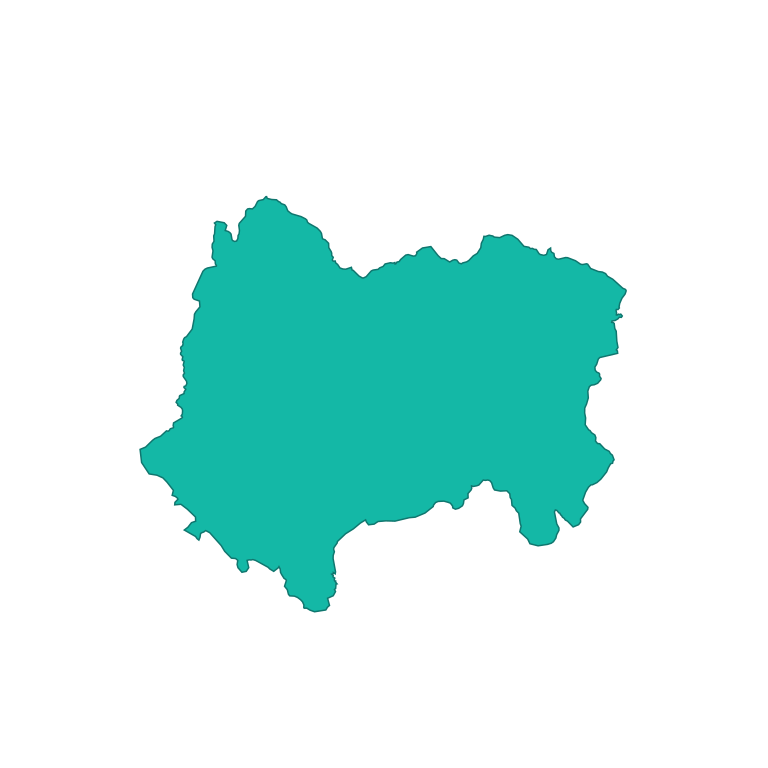 the district of Walikale, Nord-Kivu, Democratic Republic of the Congo, rotated 51°
{"feature_id": "63176286B33968238717987", "entity_name": "Walikale", "entity_type": "district", "adm_level": 2, "iso_a3": "COD", "parent_name": "Democratic Republic of the Congo", "parent_adm1": "Nord-Kivu", "projection": "orthographic", "projection_center": [28.228, -1.084], "detail": "fine", "context": "isolated", "style": "filled", "palette": "teal", "viewbox_px": 768, "rotation_deg": 51, "n_neighbors": 0, "source": "geoboundaries", "source_scale": "gbopen_adm2", "svg_char_len": 6170}
<svg xmlns="http://www.w3.org/2000/svg" viewBox="0 0 768 768"><g transform="rotate(51 384 384)"><path d="M306.7,261.1L302.5,268.5L302.1,275.7L303.2,276.2L304.2,278.8L303.1,280.7L298.6,283.8L297.5,286.0L297.7,292.7L298.4,295.2L297.4,297.2L298.0,299.1L297.7,299.9L296.4,299.2L295.8,300.9L293.8,302.7L291.4,307.6L292.1,310.7L291.0,314.3L291.2,316.4L288.6,320.8L288.1,322.8L289.4,330.3L288.6,333.4L287.9,334.1L284.4,335.5L276.3,336.4L275.4,337.1L272.8,335.9L270.7,341.5L268.7,343.6L266.1,345.2L261.9,344.8L259.4,345.3L257.7,344.5L256.7,346.0L255.7,346.3L254.9,345.9L253.6,343.7L251.3,343.8L249.4,342.3L247.8,341.7L243.3,341.1L239.8,338.5L234.8,339.0L233.0,340.2L231.8,340.1L227.6,337.8L225.2,337.4L220.8,337.8L211.7,341.4L210.1,341.6L208.0,340.8L206.2,341.1L201.7,343.1L194.0,348.4L192.2,349.1L188.8,349.8L184.8,348.5L182.3,348.4L179.2,350.3L177.2,350.4L176.0,351.1L173.2,351.6L169.9,355.2L166.9,357.5L166.0,357.9L164.5,357.3L164.1,357.9L164.7,361.8L162.7,365.8L162.6,367.4L164.9,372.5L165.1,376.1L162.9,378.3L162.1,379.9L162.6,382.6L166.5,386.1L168.1,395.4L169.3,397.0L173.7,399.7L176.0,402.0L176.8,404.0L179.0,406.0L180.1,408.6L179.2,410.4L177.4,411.3L176.2,411.3L171.2,408.5L169.3,408.5L167.4,409.1L164.8,410.8L161.8,406.4L158.1,406.7L152.5,411.4L152.2,414.5L154.3,414.5L155.4,416.3L160.7,421.2L161.7,423.1L166.1,426.3L167.2,429.4L169.6,431.6L172.9,433.1L177.2,437.8L178.9,438.3L182.0,437.7L184.6,439.5L186.4,439.6L186.9,440.1L182.7,448.3L182.1,450.9L182.4,453.7L193.6,476.2L196.6,478.3L198.6,478.2L203.4,475.2L208.2,478.5L209.5,484.9L210.5,487.4L213.9,490.6L220.6,498.5L222.9,507.7L222.5,509.8L223.0,511.3L224.8,514.1L225.8,514.4L227.4,516.2L227.5,518.6L228.1,519.5L231.2,520.7L232.0,522.7L233.0,523.4L236.2,523.2L237.9,525.4L238.9,525.8L239.5,525.1L240.6,525.0L242.9,528.1L245.4,528.7L247.6,531.4L250.0,532.2L250.6,534.4L251.9,535.3L257.5,535.7L259.5,536.8L260.7,539.2L260.1,540.9L260.9,541.7L263.3,541.3L264.4,544.4L265.6,545.4L264.5,549.9L264.7,550.6L266.3,552.2L266.4,555.2L267.4,557.1L269.7,556.9L270.6,557.7L274.3,556.5L276.4,556.5L278.1,557.4L280.5,559.7L281.1,561.7L282.1,561.3L283.0,561.6L283.2,562.7L281.8,572.0L283.6,574.0L285.2,574.7L285.4,575.5L284.3,578.2L285.0,580.3L284.9,581.4L283.5,582.6L284.0,590.5L282.2,596.2L282.1,599.2L283.0,609.0L281.3,614.7L292.5,621.8L306.1,623.1L311.9,617.9L317.8,614.9L323.8,614.4L334.1,614.6L337.2,618.7L340.1,616.9L342.9,616.3L343.9,616.7L344.4,620.9L346.2,622.7L349.7,617.5L357.6,615.6L368.7,614.2L372.1,616.7L370.6,620.9L371.9,626.5L371.8,631.1L383.9,626.4L386.6,626.6L388.8,626.1L387.3,623.4L384.9,620.8L384.8,619.6L385.6,617.1L385.7,614.8L389.9,613.0L407.1,612.2L413.8,613.1L423.3,612.2L426.2,609.2L429.0,608.6L431.9,611.8L434.9,613.1L440.9,612.9L442.9,609.0L441.6,604.7L434.9,601.4L435.8,599.4L437.1,598.1L437.9,596.4L440.3,594.8L453.5,589.4L455.8,589.2L460.2,587.6L460.3,581.5L459.9,580.6L462.4,581.1L465.4,583.0L467.9,583.5L472.2,584.0L474.1,583.3L475.3,583.6L478.6,588.6L483.0,588.6L487.3,590.6L489.3,590.6L492.5,587.1L495.5,585.5L499.1,584.6L502.0,584.4L505.3,585.3L507.2,587.0L508.0,587.1L509.6,585.1L513.2,583.8L517.3,581.3L523.0,571.4L521.9,568.4L521.8,565.7L515.0,562.7L516.6,556.7L514.8,552.3L512.5,551.8L512.5,550.3L509.2,547.1L509.7,546.3L507.0,546.3L506.8,545.6L505.6,546.2L504.1,545.2L503.9,544.4L501.8,545.0L500.9,544.0L498.9,544.3L499.5,542.8L498.6,542.0L500.8,541.4L499.5,539.9L487.6,533.4L485.3,531.4L483.1,528.1L481.0,527.3L479.7,526.1L478.1,520.5L477.1,519.4L476.2,508.1L477.3,499.0L477.2,489.8L478.0,483.8L479.9,484.5L483.7,484.6L486.7,479.8L487.1,475.2L491.5,468.7L497.5,461.7L503.8,448.5L507.1,443.6L510.1,433.3L510.2,422.9L509.2,421.5L508.6,418.5L509.3,415.9L512.7,411.2L516.2,408.7L518.4,407.4L521.9,407.5L523.6,408.5L526.2,407.3L527.6,404.2L528.0,399.7L526.9,397.5L524.4,394.8L525.4,390.3L522.0,387.7L521.2,383.1L520.4,381.6L518.3,380.1L519.8,379.1L521.5,375.9L522.2,373.8L521.1,367.3L522.6,366.0L523.9,363.8L525.6,362.6L528.4,362.5L533.4,364.5L535.9,364.8L540.5,360.9L544.2,355.8L548.4,355.3L551.7,357.4L553.9,357.6L558.9,360.9L563.0,360.2L565.7,360.9L569.2,360.6L578.3,366.0L580.8,366.9L584.3,371.5L594.9,369.9L600.0,371.1L606.7,366.1L611.6,357.8L613.0,354.2L613.2,351.6L611.9,347.4L609.8,344.7L607.8,340.1L605.9,338.6L601.5,337.8L590.7,332.1L589.7,330.1L591.0,329.2L594.2,329.2L595.2,328.6L596.7,329.1L597.9,328.8L599.8,329.1L601.9,328.5L603.8,328.7L606.0,327.7L614.1,327.0L615.8,321.3L615.0,318.1L612.5,316.2L609.6,304.6L608.2,303.1L603.1,303.4L599.4,302.7L594.9,295.4L592.9,290.1L592.6,286.7L593.5,285.4L594.6,280.6L594.4,275.3L592.4,266.3L590.3,262.5L588.6,258.1L589.4,256.2L588.1,254.7L587.7,252.9L583.0,251.3L580.6,251.8L578.0,251.4L573.4,253.4L566.2,253.9L564.6,255.5L561.4,255.5L559.0,253.1L556.3,252.2L552.4,253.4L549.8,253.2L548.4,253.8L542.3,253.3L537.3,248.7L532.8,246.3L529.0,243.1L527.1,239.3L523.4,234.0L517.8,230.1L515.3,226.1L515.3,223.7L516.9,221.1L517.9,217.5L517.1,212.9L516.3,211.8L513.6,211.6L512.0,210.2L510.8,210.1L508.6,211.2L506.2,211.2L503.6,209.5L502.5,206.3L499.5,201.8L499.2,199.7L507.2,183.1L505.2,181.8L503.7,182.0L502.9,179.2L497.2,176.1L489.1,170.3L486.1,169.7L481.8,167.0L480.6,167.2L479.4,168.3L478.5,167.1L480.1,164.4L480.6,161.2L480.2,159.1L481.6,157.6L481.1,156.0L478.7,156.0L478.1,157.5L477.4,157.7L477.1,159.6L476.5,160.0L475.3,158.6L472.9,157.4L472.3,156.5L473.4,155.3L473.0,153.2L472.2,153.0L469.7,150.1L467.1,145.1L465.8,140.0L464.3,137.6L463.5,136.9L462.3,136.9L459.8,138.2L446.5,140.3L440.9,142.5L437.7,142.3L434.5,143.8L431.4,146.7L424.3,150.7L419.0,150.3L418.0,151.0L416.2,154.4L414.7,155.8L408.7,157.6L401.4,161.8L400.0,163.3L396.9,169.8L395.1,171.3L392.4,171.5L389.5,169.8L387.1,170.8L385.3,170.5L383.2,169.0L382.9,172.0L385.6,176.2L384.6,178.8L381.8,181.0L380.3,181.5L375.3,181.0L373.6,182.7L372.1,183.2L370.9,185.0L368.9,185.3L365.1,188.6L355.7,188.9L349.1,190.9L345.8,193.8L344.4,196.6L343.1,201.9L339.3,205.8L337.5,206.3L334.5,208.7L333.2,212.3L332.1,213.4L334.1,215.9L335.9,219.8L339.0,223.0L341.2,229.4L340.6,234.0L341.4,240.3L341.1,242.9L339.4,246.7L339.3,248.2L337.3,249.6L333.5,249.5L332.0,250.7L331.1,252.5L330.5,256.2L324.5,258.3L322.5,260.6L318.2,261.2L306.7,261.1Z" fill="#14b8a6" stroke="#0f766e" stroke-width="1.5"/></g></svg>